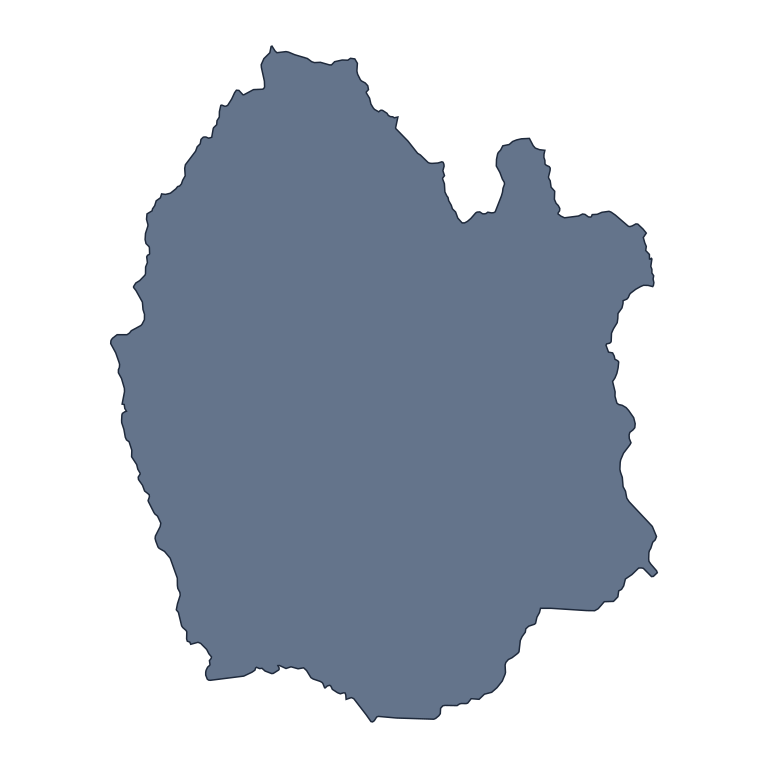 Van Canh, Bình Định, Vietnam (Natural Earth projection)
{"feature_id": "81297802B17102674968438", "entity_name": "Van Canh", "entity_type": "district", "adm_level": 2, "iso_a3": "VNM", "parent_name": "Vietnam", "parent_adm1": "Bình Định", "projection": "natural_earth1", "projection_center": [108.979, 13.676], "detail": "fine", "context": "isolated", "style": "filled", "palette": "slate", "viewbox_px": 768, "rotation_deg": 0, "n_neighbors": 0, "source": "geoboundaries", "source_scale": "gbopen_adm2", "svg_char_len": 6075}
<svg xmlns="http://www.w3.org/2000/svg" viewBox="0 0 768 768"><path d="M357.4,63.3L354.8,58.9L350.5,58.3L347.8,60.2L342.2,60.0L334.6,61.7L331.5,64.9L329.5,64.9L320.4,62.3L314.4,62.6L311.7,61.7L307.4,58.5L294.7,54.7L288.5,52.1L286.0,51.6L276.9,52.7L275.0,50.9L272.0,46.1L271.1,46.5L269.8,52.8L263.9,58.6L261.2,64.7L261.4,67.5L264.4,81.2L264.6,86.9L264.2,87.9L262.8,89.2L253.5,89.6L243.8,94.8L243.0,94.8L238.9,90.4L236.4,90.2L234.6,92.7L231.7,99.0L227.7,105.3L226.2,106.1L224.9,106.3L221.8,105.1L220.8,105.4L219.4,111.6L219.3,117.1L217.0,120.7L216.7,124.7L213.6,127.7L213.2,128.7L211.7,137.3L208.7,138.2L205.9,137.0L204.0,137.0L203.1,137.3L201.0,139.4L200.2,143.8L197.2,146.8L195.6,151.2L185.4,164.7L184.7,168.4L185.2,175.8L182.7,180.2L181.4,184.0L179.6,186.0L177.6,186.6L175.9,188.8L170.4,193.2L165.5,194.4L161.6,193.9L160.4,197.8L156.2,200.8L154.7,205.7L152.5,208.9L152.1,210.8L147.0,213.9L146.5,219.2L147.9,224.5L147.9,226.0L145.5,233.4L145.1,239.6L146.0,243.6L149.0,246.6L149.4,247.7L149.6,253.8L149.3,254.4L147.5,255.3L146.7,256.9L147.4,262.6L145.6,267.0L145.5,273.8L144.9,275.2L139.7,280.6L135.8,283.0L133.6,286.5L133.6,287.5L136.0,290.6L142.4,302.1L143.0,309.5L144.5,314.3L144.4,319.7L142.0,324.3L140.9,325.5L131.3,330.7L129.5,333.0L127.0,334.7L117.1,334.7L112.8,338.0L111.5,339.5L110.9,340.9L110.7,343.6L115.7,352.8L119.2,362.8L119.6,364.5L119.4,367.4L118.4,369.7L118.4,372.8L121.5,378.5L124.4,388.4L124.5,391.7L122.1,404.1L124.2,404.5L124.8,408.5L126.5,411.2L124.8,411.8L122.4,413.4L121.9,414.9L121.6,420.4L121.7,422.7L123.9,429.4L125.3,437.3L126.5,439.9L129.1,441.8L131.8,450.2L131.6,456.8L136.7,464.6L137.8,469.2L140.1,473.2L140.1,474.1L138.2,477.1L138.5,479.6L142.5,485.3L144.6,491.0L149.2,494.7L149.4,496.8L148.1,500.5L148.4,501.6L153.8,512.3L154.8,513.9L157.5,516.1L160.8,523.1L160.2,526.5L155.4,536.0L155.1,538.5L155.8,541.2L158.0,547.0L159.2,548.4L164.5,551.4L170.2,558.2L177.3,578.1L177.4,585.6L177.8,588.4L179.9,592.4L180.2,595.2L177.5,603.7L176.3,609.8L178.4,612.4L181.6,625.8L182.7,627.5L186.1,630.5L186.8,631.9L186.6,638.9L187.3,641.2L189.8,642.1L190.7,644.3L198.0,642.3L200.7,643.4L206.7,649.5L208.9,653.8L211.5,656.9L211.1,658.5L209.4,660.6L210.0,664.5L209.7,665.3L207.6,667.2L206.1,670.3L205.7,672.2L205.7,675.1L207.3,679.2L208.6,680.1L210.3,680.3L243.8,676.1L252.0,672.2L254.9,670.2L255.6,668.0L256.5,667.3L259.6,668.6L262.0,668.3L265.0,671.0L271.7,673.6L273.3,673.4L278.7,670.0L279.1,669.3L279.1,667.9L277.9,665.6L279.5,665.5L286.0,668.5L291.0,666.8L298.1,668.8L303.6,667.8L306.6,670.6L310.9,677.6L313.1,679.0L320.2,681.4L322.1,682.5L322.9,683.5L324.6,687.8L325.2,687.9L327.4,685.9L329.8,685.3L330.9,686.2L332.4,689.4L337.5,692.7L340.3,693.8L343.7,692.8L345.1,693.0L345.8,695.1L346.1,699.4L351.3,697.6L353.7,698.6L366.2,714.8L371.0,721.6L372.6,721.9L374.3,720.7L376.7,717.0L378.3,716.4L396.5,718.0L433.8,719.2L435.7,718.4L438.8,715.8L440.3,713.7L440.6,708.3L442.8,705.8L445.0,705.4L457.1,705.6L459.6,703.9L461.5,703.5L466.1,703.6L467.7,703.1L471.2,698.7L479.1,699.3L484.4,694.2L491.7,692.3L497.0,687.7L502.3,681.0L505.1,674.2L505.5,672.4L505.1,665.1L505.8,662.5L508.4,659.5L512.1,657.7L517.8,653.3L519.0,651.8L520.3,640.5L522.1,636.6L525.3,632.2L525.8,628.8L528.7,626.2L534.6,624.2L535.6,623.2L536.9,617.3L539.5,612.5L540.5,608.3L550.9,608.3L586.9,610.6L594.7,610.7L598.2,608.7L604.3,601.7L613.4,601.4L614.3,600.6L617.9,596.8L618.7,590.9L621.5,589.4L623.7,585.9L625.4,579.0L631.9,574.6L638.6,568.1L641.1,567.9L643.3,568.3L651.5,576.6L653.4,576.4L657.3,572.7L656.6,570.8L650.8,564.1L649.0,561.4L648.7,559.0L648.9,552.6L649.5,550.5L650.8,548.3L652.7,542.3L655.2,539.9L656.5,536.5L652.3,526.4L629.2,501.8L626.8,498.2L625.5,491.2L623.1,486.7L622.3,477.3L620.5,472.2L619.9,469.4L620.2,462.5L620.7,459.8L623.5,453.2L629.9,444.8L631.0,442.8L629.3,438.6L629.1,435.0L629.8,432.4L633.0,429.9L634.8,427.7L635.2,423.7L633.7,417.7L628.6,410.4L626.1,407.6L622.2,405.3L618.7,404.5L616.9,403.1L615.0,396.3L615.1,391.8L612.6,381.5L615.0,377.9L616.9,373.3L618.1,367.9L618.7,362.0L617.8,360.8L614.9,359.2L614.2,356.0L612.6,352.9L608.5,352.1L606.0,345.2L606.6,343.9L609.6,343.2L610.7,342.4L611.2,341.3L611.5,333.2L613.4,328.9L617.2,322.7L617.8,318.6L618.0,313.5L622.0,307.9L623.0,303.6L623.1,300.7L626.9,299.1L628.3,297.5L629.6,294.4L630.6,293.2L635.7,289.3L640.5,286.6L643.5,285.3L648.1,285.4L652.7,286.6L653.4,285.5L653.9,282.7L653.1,279.0L653.7,275.8L651.9,273.0L651.9,269.3L650.8,266.4L651.9,259.0L651.3,258.3L650.2,259.2L649.5,259.0L649.4,254.4L645.7,250.5L646.3,246.4L644.8,242.9L643.3,237.5L646.3,233.1L643.0,229.0L637.8,224.1L635.9,223.9L632.2,225.9L629.9,226.6L628.4,226.3L615.4,215.1L611.1,212.1L609.0,211.3L601.9,212.3L597.2,214.3L592.2,214.6L591.4,216.6L590.6,217.1L588.4,216.9L585.0,214.4L582.6,214.0L578.5,216.0L564.5,217.8L560.9,216.1L558.0,213.9L558.2,212.8L559.6,210.8L559.8,208.5L558.3,205.6L556.1,203.3L554.4,199.3L554.7,191.2L551.1,187.2L550.2,180.8L548.7,178.2L548.5,176.9L550.1,170.4L550.2,168.1L549.2,166.6L546.3,165.3L545.0,164.0L544.9,160.4L543.9,157.4L544.0,154.2L544.9,150.3L539.6,149.7L535.3,148.1L533.2,145.7L529.4,138.4L521.4,138.8L516.6,139.9L512.6,141.5L509.2,144.5L502.8,145.8L500.6,150.1L498.3,152.5L497.6,154.0L496.5,159.3L496.3,166.0L499.9,172.5L502.4,179.2L504.3,182.3L504.5,184.2L503.0,188.3L502.5,192.2L501.4,196.0L495.2,211.8L493.9,212.6L491.7,212.9L487.8,212.2L485.9,213.6L484.0,213.9L482.4,213.7L479.8,211.9L477.1,212.1L475.7,212.9L470.8,218.5L467.4,221.4L464.6,222.9L462.1,222.9L457.8,218.1L455.6,212.0L452.4,208.8L451.3,205.3L448.7,200.7L448.0,197.4L446.8,195.9L444.9,191.9L444.4,183.7L442.6,178.9L442.7,178.0L444.5,175.7L442.9,170.7L444.1,166.2L443.9,164.2L443.1,162.3L441.9,161.8L437.9,163.0L432.0,163.4L429.8,163.2L428.1,162.5L420.4,155.0L417.6,153.3L407.9,141.0L395.8,128.6L395.6,127.9L397.9,117.0L394.2,117.8L392.8,116.8L390.3,116.6L388.3,115.4L387.0,113.3L382.9,110.6L381.9,110.2L380.6,110.3L378.7,111.8L374.5,109.4L373.2,107.9L370.9,104.0L369.6,98.3L366.3,92.8L366.3,92.0L368.5,89.6L367.8,85.8L365.3,83.0L361.4,80.9L360.3,79.6L357.6,74.2L356.9,71.0L357.4,63.3Z" fill="#64748b" stroke="#1e293b" stroke-width="1.5"/></svg>